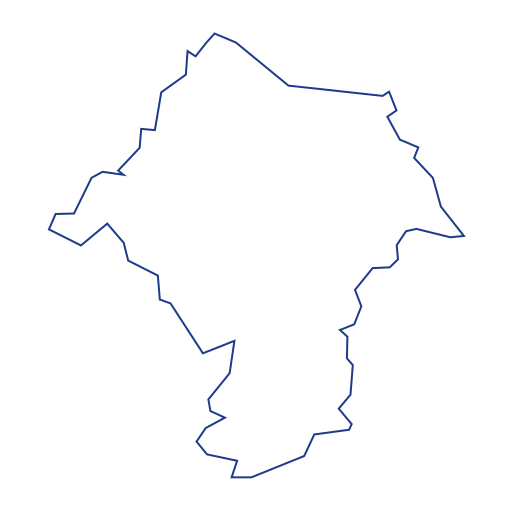 the district of Morgan, Kentucky, United States of America, rotated 91°
{"feature_id": "52423323B87580730769564", "entity_name": "Morgan", "entity_type": "district", "adm_level": 2, "iso_a3": "USA", "parent_name": "United States of America", "parent_adm1": "Kentucky", "projection": "orthographic", "projection_center": [-83.237, 37.914], "detail": "fine", "context": "isolated", "style": "outline", "palette": "blue", "viewbox_px": 512, "rotation_deg": 91, "n_neighbors": 0, "source": "geoboundaries", "source_scale": "gbopen_adm2", "svg_char_len": 963}
<svg xmlns="http://www.w3.org/2000/svg" viewBox="0 0 512 512"><g transform="rotate(91 256 256)"><path d="M43.6,309.4L57.4,319.9L52.3,328.0L75.9,329.3L94.0,353.6L131.9,359.3L130.9,373.0L149.8,374.2L173.0,395.3L177.1,389.9L174.5,410.9L180.7,421.8L216.7,438.7L217.5,457.1L233.0,463.5L248.5,431.2L226.2,405.3L245.1,388.5L262.8,383.7L277.3,353.8L301.2,351.4L304.9,340.6L354.2,307.4L341.2,276.1L373.6,280.3L400.2,301.1L411.8,298.9L418.2,284.3L428.9,303.3L442.6,312.2L455.2,301.5L461.1,271.3L477.7,276.5L477.4,256.8L455.1,204.3L433.4,194.6L428.1,159.9L422.4,157.4L407.2,170.6L393.0,159.1L363.4,157.3L356.8,163.3L335.1,163.2L328.5,170.8L322.6,156.6L304.5,149.8L288.1,156.4L266.1,139.2L265.0,122.1L256.9,114.0L242.7,115.5L228.6,106.4L226.1,96.1L233.9,62.0L232.3,48.5L203.4,72.0L174.8,80.5L155.2,99.6L144.6,95.6L137.2,114.1L114.5,127.1L108.0,118.1L89.4,125.8L93.7,132.2L85.1,226.5L42.9,279.8L34.3,301.3L43.6,309.4Z" fill="none" stroke="#1e3a8a" stroke-width="2"/></g></svg>